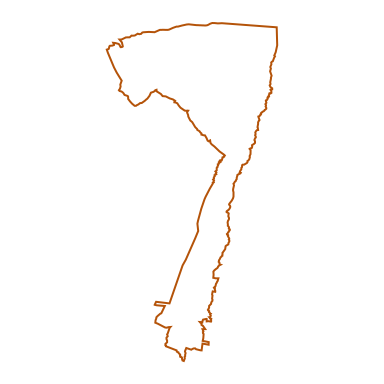 San Francisco Tetlanohcan, Tlaxcala, Mexico (Equal Earth projection), rotated 270°
{"feature_id": "50627088B55823705242599", "entity_name": "San Francisco Tetlanohcan", "entity_type": "district", "adm_level": 2, "iso_a3": "MEX", "parent_name": "Mexico", "parent_adm1": "Tlaxcala", "projection": "equal_earth", "projection_center": [-98.111, 19.261], "detail": "fine", "context": "isolated", "style": "outline", "palette": "amber", "viewbox_px": 384, "rotation_deg": 270, "n_neighbors": 0, "source": "geoboundaries", "source_scale": "gbopen_adm2", "svg_char_len": 6026}
<svg xmlns="http://www.w3.org/2000/svg" viewBox="0 0 384 384"><g transform="rotate(270 192 192)"><path d="M82.2,156.1L79.2,154.7L79.1,154.9L78.7,156.8L78.0,164.8L70.7,161.3L70.3,160.3L68.0,157.6L66.7,156.4L65.3,156.2L63.9,155.6L61.3,155.3L60.3,157.8L56.5,165.1L56.3,166.8L56.8,168.3L57.0,170.4L56.1,169.6L50.5,167.7L49.6,167.1L49.0,167.4L47.7,167.7L46.4,166.5L44.9,166.5L43.5,167.1L41.7,167.1L40.1,165.4L38.7,165.4L38.5,166.0L37.7,166.0L33.6,176.6L32.4,176.8L32.1,177.2L31.7,178.4L30.9,178.6L29.5,180.1L28.8,180.3L28.4,180.0L27.2,180.2L27.0,180.6L26.9,181.5L26.6,181.8L26.2,182.0L25.1,182.0L23.5,182.5L23.0,183.8L25.6,184.8L27.1,184.6L27.9,185.2L29.1,185.1L30.9,185.6L32.3,185.0L33.1,185.1L36.0,186.3L34.3,191.3L35.1,192.5L35.6,193.9L35.6,195.2L34.8,196.0L33.7,200.4L33.6,201.6L40.4,202.5L39.3,208.6L41.9,208.7L43.1,202.7L45.8,203.3L50.0,203.6L50.8,203.0L51.7,203.1L52.0,202.9L52.6,203.4L54.8,202.5L54.9,205.2L58.2,202.9L59.1,201.5L59.8,201.5L61.0,201.0L61.4,200.3L62.0,199.8L61.9,201.3L61.6,202.3L63.6,202.7L64.4,203.1L65.1,206.4L65.0,206.7L62.6,206.7L62.8,208.5L62.4,211.0L62.9,211.2L64.3,211.0L65.2,211.3L65.5,210.8L65.6,210.0L66.3,209.8L66.8,209.3L66.9,209.9L68.2,210.8L69.5,210.1L70.2,210.7L70.4,210.2L71.1,209.9L71.7,209.1L72.8,209.2L73.1,208.7L73.5,208.7L73.7,208.1L74.1,207.9L76.3,209.1L78.1,209.1L80.1,211.1L80.9,211.1L82.4,211.7L83.1,212.4L84.4,212.5L85.2,212.1L88.6,212.5L89.3,212.1L90.9,212.3L92.6,212.7L92.2,215.2L92.9,215.3L94.6,214.8L95.8,214.9L96.0,214.1L96.3,213.9L97.9,215.5L100.2,216.0L101.2,216.7L102.3,217.1L102.9,217.6L105.7,218.4L105.7,215.6L106.2,213.3L109.2,213.6L112.4,213.4L113.5,214.2L114.9,215.8L116.0,217.4L116.6,217.8L117.5,218.1L118.7,219.4L119.3,220.6L119.7,219.5L121.5,219.4L122.1,218.7L123.7,219.0L125.1,219.9L126.6,220.5L127.3,221.4L127.9,221.7L128.3,222.4L129.2,222.3L130.0,222.6L131.0,222.4L134.9,225.2L137.8,225.6L138.3,226.1L139.6,228.3L141.1,228.5L142.5,229.3L143.6,229.3L144.4,228.8L145.0,229.2L145.6,229.2L147.8,227.9L148.8,228.2L149.4,227.7L149.5,227.0L150.0,226.9L150.6,227.7L151.6,228.0L152.2,228.8L153.0,229.0L153.6,229.7L154.6,229.8L155.0,229.1L155.4,228.8L156.4,229.0L157.3,228.7L158.2,227.8L159.4,227.9L161.6,227.6L163.2,228.0L164.4,228.8L165.4,229.0L166.0,229.0L167.8,228.3L170.6,228.7L171.5,227.5L171.6,227.0L172.1,226.5L172.7,226.7L173.1,227.1L174.4,228.9L176.0,229.9L177.1,230.3L178.1,230.1L179.4,229.1L180.2,229.3L183.3,231.7L185.6,233.0L187.4,233.5L191.8,233.5L193.3,233.1L194.8,233.1L198.7,234.0L200.3,233.5L201.3,234.4L202.3,234.8L202.9,235.7L204.1,236.1L204.9,236.7L206.2,236.7L208.5,237.4L208.9,237.3L209.3,237.7L210.6,240.4L211.1,240.7L211.4,239.6L213.1,240.2L214.6,241.3L216.2,241.4L216.9,242.0L217.7,242.1L218.8,242.1L219.3,242.7L219.3,244.0L221.0,246.9L221.9,247.5L222.9,247.4L223.7,248.5L224.8,249.3L227.0,249.9L227.9,249.6L229.8,250.5L233.8,250.6L235.1,249.6L235.6,250.3L235.9,251.5L236.2,251.9L237.3,252.2L238.8,252.0L240.2,254.1L241.1,255.0L242.8,255.0L244.0,254.4L245.8,255.1L246.5,255.8L247.3,255.8L248.8,255.1L249.9,255.6L251.6,255.3L253.0,256.1L253.9,257.0L254.0,258.1L256.3,257.8L256.8,257.5L260.0,258.1L261.8,258.1L262.7,258.7L263.3,258.8L264.0,259.5L267.4,258.3L267.6,258.4L267.6,259.1L268.1,259.7L268.6,260.1L269.1,260.2L269.3,260.8L269.9,261.1L270.6,260.8L270.9,261.0L271.6,261.7L271.7,262.2L272.3,262.6L272.8,263.7L273.3,264.3L274.1,264.7L274.3,265.3L275.3,266.3L276.1,266.3L277.6,265.6L278.4,266.0L279.2,265.9L279.9,265.4L281.2,266.4L283.3,265.8L283.7,266.0L284.0,266.9L284.9,267.5L285.8,267.4L286.1,267.9L286.8,267.7L287.1,267.9L287.3,268.9L287.7,269.1L288.6,268.7L289.6,269.3L290.6,269.3L290.9,270.0L290.6,270.7L291.1,271.4L293.0,271.3L294.2,270.5L294.5,270.9L294.7,272.2L295.7,272.2L297.0,270.4L298.7,269.7L299.6,270.4L300.3,270.5L301.7,270.2L305.4,271.0L306.2,270.9L308.3,271.6L312.7,270.1L315.4,270.9L317.0,270.3L319.7,271.4L321.5,271.2L322.3,271.9L322.7,272.8L326.2,274.1L327.7,275.0L328.5,274.3L331.8,275.7L338.7,277.2L356.7,276.7L360.8,221.9L360.6,217.9L360.9,215.0L361.0,212.3L360.3,210.2L359.2,208.3L358.7,207.0L358.5,205.5L358.9,196.0L359.7,188.7L359.5,186.7L358.5,182.1L357.4,178.0L357.4,176.5L356.2,173.1L354.4,169.1L354.1,167.7L354.2,163.0L354.1,159.8L351.8,154.6L352.1,148.8L351.7,143.1L351.4,142.2L350.2,141.2L349.8,139.3L350.3,137.7L348.5,134.8L348.3,132.8L348.4,131.5L346.7,129.7L346.6,125.9L344.7,122.0L344.5,121.1L344.5,119.5L341.6,121.9L337.7,122.8L337.2,122.5L336.9,121.4L336.9,120.6L339.6,119.2L340.2,118.2L341.0,115.2L341.2,113.2L339.3,114.1L339.0,114.0L338.4,112.4L338.2,109.9L337.7,109.4L335.6,108.9L335.0,108.6L334.4,106.8L331.2,107.9L316.6,114.0L311.4,116.7L303.3,121.7L299.4,120.3L297.5,120.6L295.2,119.9L293.8,118.9L293.0,119.6L292.5,121.5L291.8,122.5L290.8,123.5L289.1,124.5L288.0,127.7L287.3,128.1L285.0,128.2L282.5,130.1L280.4,132.0L278.2,134.6L278.2,136.0L279.0,137.1L279.5,138.3L280.9,140.1L281.0,141.7L283.2,144.8L284.5,146.2L285.3,147.3L288.2,149.5L291.3,150.9L292.2,153.6L293.2,154.9L293.8,155.3L294.2,156.5L292.7,156.6L290.0,160.9L287.9,162.6L287.6,165.8L285.6,169.7L284.6,172.9L283.2,175.1L282.0,174.3L281.7,174.3L281.5,175.6L280.7,177.3L278.5,178.7L276.3,180.5L273.4,184.7L273.2,186.5L273.4,187.3L273.3,188.1L271.8,187.1L271.4,187.1L269.0,188.1L267.4,188.3L263.5,190.3L261.9,192.2L256.9,195.2L255.0,197.1L254.1,197.3L252.8,199.5L251.7,200.2L250.5,201.5L249.4,201.4L248.8,203.3L248.6,205.0L245.8,206.6L243.4,207.6L242.7,208.6L242.7,209.4L243.4,209.7L243.6,210.1L241.1,210.5L239.7,211.6L237.5,214.4L232.5,219.6L229.1,224.3L228.5,224.8L227.7,223.9L227.3,224.1L226.7,223.4L226.6,222.5L224.1,222.0L223.6,219.9L222.7,219.4L222.1,220.6L221.5,219.8L221.4,218.8L220.3,218.9L219.7,217.8L218.5,218.1L217.5,217.4L216.9,217.5L216.1,216.7L213.6,216.7L212.6,215.4L211.3,216.4L210.2,215.6L209.7,216.1L208.8,214.5L207.9,214.8L206.6,213.8L205.3,214.0L204.5,213.1L203.4,214.0L202.7,213.5L201.7,213.8L201.2,212.7L200.4,212.8L195.5,209.9L187.2,205.6L184.7,204.5L175.3,201.3L163.2,198.0L160.3,197.4L153.0,198.2L145.7,195.2L124.3,185.8L118.6,182.6L80.6,169.5L82.2,156.1Z" fill="none" stroke="#b45309" stroke-width="2"/></g></svg>